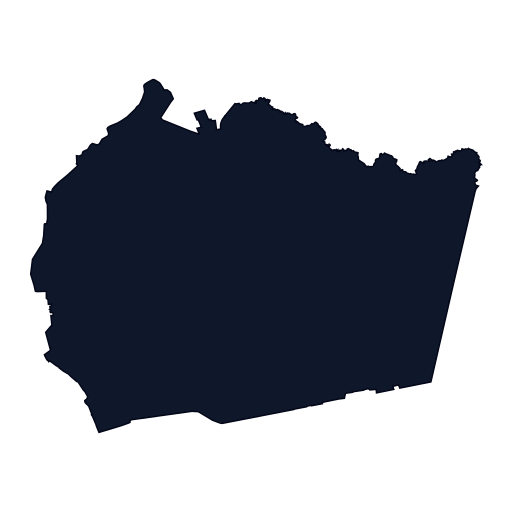 Staphorst, Overijssel, Netherlands (orthographic projection)
{"feature_id": "6326949B79471435364663", "entity_name": "Staphorst", "entity_type": "district", "adm_level": 2, "iso_a3": "NLD", "parent_name": "Netherlands", "parent_adm1": "Overijssel", "projection": "orthographic", "projection_center": [6.228, 52.637], "detail": "fine", "context": "isolated", "style": "filled", "palette": "ink", "viewbox_px": 512, "rotation_deg": 0, "n_neighbors": 0, "source": "geoboundaries", "source_scale": "gbopen_adm2", "svg_char_len": 6016}
<svg xmlns="http://www.w3.org/2000/svg" viewBox="0 0 512 512"><path d="M152.7,79.6L147.2,82.6L145.0,84.1L144.1,85.1L143.8,86.1L144.3,88.8L144.6,92.1L142.5,98.4L139.5,104.6L136.7,106.9L135.4,109.0L127.2,116.9L121.1,121.0L117.4,123.1L110.2,126.0L107.8,127.5L107.1,128.8L108.6,133.2L108.4,134.9L108.1,135.8L102.1,139.2L99.3,144.0L97.1,144.9L92.4,143.5L90.4,145.1L88.2,148.7L87.4,149.6L83.2,151.5L82.6,152.5L82.3,154.0L81.9,154.9L79.0,156.1L76.5,155.7L76.8,163.5L76.4,163.9L77.9,165.6L67.6,175.0L58.1,182.9L54.4,186.7L52.5,189.1L51.6,192.1L47.0,190.9L45.3,197.3L46.0,201.2L47.4,204.4L47.5,218.8L46.8,222.8L46.6,223.6L44.5,223.9L44.3,224.6L43.7,235.5L42.4,243.4L32.5,259.3L30.7,274.2L34.0,285.0L35.4,291.3L37.1,291.6L46.2,291.3L46.5,294.9L46.3,294.9L46.4,298.4L47.4,299.0L48.0,300.0L48.4,304.3L51.4,304.3L51.5,306.3L49.9,306.4L50.1,309.1L49.8,309.4L50.6,309.5L50.7,309.9L50.1,311.0L50.1,311.6L50.4,312.5L53.0,312.6L53.2,315.5L50.9,315.6L51.9,325.5L51.1,325.9L45.7,332.3L50.5,350.3L44.4,354.7L44.7,355.6L46.9,359.8L48.2,360.8L48.7,361.7L49.8,360.9L56.0,365.5L58.7,367.1L59.3,368.0L63.5,371.2L68.6,374.1L70.9,376.5L76.6,381.4L78.1,382.0L83.4,390.1L84.9,391.6L87.7,396.6L86.8,399.0L84.8,400.5L84.9,401.9L85.5,403.0L86.3,403.5L86.4,404.0L87.1,404.4L88.8,406.4L92.0,414.7L91.5,414.9L92.5,416.3L96.1,424.8L96.5,426.3L99.0,432.4L121.7,425.5L128.4,423.1L130.0,422.4L129.9,421.1L130.4,420.4L130.3,419.9L192.0,411.3L198.4,411.7L212.5,420.2L219.9,423.0L222.2,423.4L293.8,409.5L293.8,409.2L306.4,406.8L306.3,406.4L309.1,405.7L311.8,405.4L311.8,405.7L322.4,403.7L322.6,402.3L338.7,399.0L344.4,398.3L345.3,394.0L346.0,393.2L352.7,392.3L353.4,391.7L363.5,390.2L364.9,389.5L368.4,388.6L368.4,388.9L369.9,389.6L369.9,389.9L376.2,389.4L376.5,392.9L393.8,389.4L392.8,386.4L398.5,384.9L399.8,388.1L430.9,381.9L454.1,281.0L475.1,191.5L476.0,188.9L478.4,186.0L475.6,185.1L474.7,182.8L474.9,182.0L477.3,180.6L477.1,179.9L475.5,178.9L474.5,177.7L474.9,175.1L474.7,172.9L475.9,171.1L477.2,170.7L478.1,170.0L478.2,169.0L479.0,168.4L479.0,167.4L479.6,167.3L479.3,165.8L480.1,165.4L479.8,164.7L481.3,164.6L479.9,163.1L478.7,162.5L479.9,161.8L480.2,160.5L478.6,159.2L479.0,157.2L478.8,156.5L477.9,155.3L476.5,154.4L476.9,153.0L476.8,152.6L475.9,152.5L474.7,151.9L473.0,150.2L469.0,148.9L468.4,148.4L467.3,149.3L465.7,148.9L464.0,149.5L462.1,148.8L461.7,149.1L461.8,150.3L461.6,150.8L459.6,150.8L457.2,150.3L456.9,150.6L457.2,151.4L457.1,151.7L455.6,151.0L454.9,151.5L455.3,152.2L455.1,152.4L453.6,151.9L453.5,153.9L451.5,154.2L451.6,154.7L452.2,155.4L452.0,156.2L450.5,157.0L448.1,156.2L447.7,157.8L447.0,158.6L443.6,160.4L441.6,160.0L440.7,160.8L439.3,160.6L435.8,162.0L435.1,160.9L433.3,160.1L433.0,160.1L432.3,160.9L431.9,160.0L429.9,158.5L428.4,159.7L429.2,161.2L429.1,161.5L426.4,161.0L424.2,161.2L423.7,161.8L424.2,163.2L424.0,163.4L422.8,163.4L422.1,162.4L420.2,161.6L419.6,162.1L418.5,164.9L417.5,166.5L416.9,168.9L415.4,170.6L416.2,172.6L416.5,174.1L415.8,174.6L413.3,174.1L411.9,174.3L410.4,173.6L409.2,174.1L408.2,173.4L406.7,173.0L405.7,171.8L403.5,171.6L402.8,171.0L402.7,169.9L402.3,169.6L401.5,169.9L400.6,170.9L399.9,169.9L400.1,168.6L398.2,166.6L395.9,164.7L395.7,162.8L396.6,161.4L396.8,160.0L396.7,159.6L393.2,158.4L393.0,158.2L392.7,156.9L391.4,155.8L390.3,155.6L389.5,155.1L388.3,155.0L388.1,154.5L386.5,154.1L384.5,153.1L383.7,154.1L382.1,154.7L381.5,154.3L381.5,153.7L381.2,153.5L380.0,154.1L379.6,156.9L378.9,158.8L378.0,158.6L376.2,159.1L375.5,160.1L375.5,162.1L374.0,164.0L373.6,165.6L373.0,166.5L372.1,166.8L371.2,166.5L369.9,166.8L368.1,166.2L367.0,166.7L365.9,166.0L364.1,163.6L358.7,160.1L358.3,159.0L358.3,157.0L357.6,155.1L358.1,153.1L358.0,152.7L354.3,151.9L353.5,150.7L352.0,151.1L351.0,149.8L349.6,149.5L348.6,148.6L347.2,149.0L346.8,150.2L346.5,150.6L345.4,150.4L344.0,150.7L343.8,150.6L343.8,150.0L343.3,149.2L342.6,148.8L342.0,150.3L340.4,150.3L339.7,151.4L339.3,150.4L338.2,150.9L337.9,149.8L337.7,150.1L337.6,151.3L337.2,151.3L336.7,149.8L336.3,149.4L335.4,150.1L334.4,149.8L332.8,150.0L332.1,150.5L330.4,148.7L329.6,148.2L328.8,146.9L328.8,146.6L330.0,145.7L330.2,145.2L329.9,144.6L329.2,144.2L329.0,145.0L328.0,144.9L327.8,145.6L326.8,145.8L326.7,144.6L325.5,144.4L324.8,143.9L324.8,142.0L323.0,141.2L323.7,140.1L324.9,139.6L325.4,138.2L326.2,137.8L326.1,136.8L325.1,134.9L324.9,133.4L325.1,132.3L324.1,131.5L323.7,130.5L322.8,129.8L322.3,128.8L320.9,128.9L320.9,127.7L320.4,126.7L319.2,127.2L319.2,125.9L318.4,125.3L318.0,124.0L316.2,122.4L315.7,122.2L314.5,122.7L313.6,124.1L311.9,123.6L309.9,125.5L307.0,125.6L305.2,126.6L303.3,126.1L302.8,125.7L302.7,124.5L299.5,123.7L297.6,121.8L296.5,122.3L296.2,122.0L296.4,121.7L296.3,121.0L295.2,121.1L295.0,120.6L295.3,118.7L296.8,118.3L297.5,117.6L297.0,117.0L295.9,116.8L295.6,114.6L295.0,113.7L293.8,113.7L292.9,114.5L291.1,114.6L289.0,113.1L288.2,113.6L287.2,113.0L286.9,113.8L286.4,114.3L285.3,112.8L284.7,114.1L284.2,114.4L283.3,113.8L283.6,113.0L283.2,112.4L281.3,111.3L280.1,112.0L279.8,110.6L277.2,109.5L275.9,110.1L275.2,109.2L273.6,108.6L273.2,109.6L272.5,109.5L272.3,109.3L272.2,108.1L272.6,107.1L270.8,106.3L269.7,105.1L267.9,104.5L268.0,104.2L268.6,103.9L268.6,102.5L269.3,102.2L270.0,100.7L270.0,100.2L267.2,99.4L265.6,100.8L265.4,100.7L265.5,99.4L264.6,98.2L263.8,97.9L263.4,98.6L261.8,98.9L261.5,98.1L260.7,97.7L259.0,98.2L258.3,100.4L257.1,100.9L256.3,100.4L255.2,101.4L255.1,101.8L256.2,102.9L256.2,103.4L256.0,103.6L251.3,101.7L249.9,102.7L248.4,103.1L244.1,102.9L242.3,103.6L242.0,104.5L241.4,105.1L240.7,104.9L239.1,103.4L236.0,103.9L235.0,103.6L225.4,115.4L224.9,115.7L224.5,116.3L224.8,117.5L223.8,117.4L222.2,119.7L220.8,123.2L220.5,126.4L220.7,129.0L216.5,129.7L215.3,120.5L211.3,120.7L211.0,119.2L208.9,119.7L208.9,119.4L208.4,119.5L204.5,110.3L194.3,113.2L197.1,120.0L198.3,119.8L201.3,127.2L196.9,128.3L199.3,134.0L197.5,133.6L190.4,131.2L162.3,119.9L161.6,118.7L160.4,118.1L170.6,102.3L173.3,98.8L170.5,92.4L167.0,89.8L164.2,90.0L160.2,83.6L158.9,82.4L154.4,79.7L152.7,79.6Z" fill="#0f172a" stroke="#020617" stroke-width="1.5"/></svg>